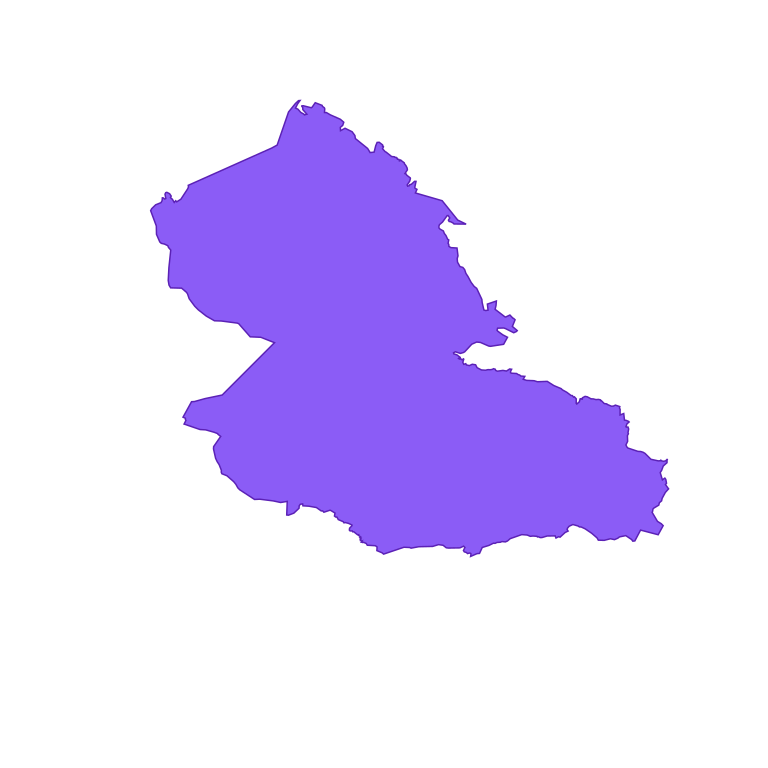 Cotmeana, Arges, Romania (Natural Earth projection), rotated 144°
{"feature_id": "2599482B54766849205701", "entity_name": "Cotmeana", "entity_type": "district", "adm_level": 2, "iso_a3": "ROU", "parent_name": "Romania", "parent_adm1": "Arges", "projection": "natural_earth1", "projection_center": [24.603, 44.996], "detail": "fine", "context": "isolated", "style": "filled", "palette": "violet", "viewbox_px": 768, "rotation_deg": 144, "n_neighbors": 0, "source": "geoboundaries", "source_scale": "gbopen_adm2", "svg_char_len": 6171}
<svg xmlns="http://www.w3.org/2000/svg" viewBox="0 0 768 768"><g transform="rotate(144 384 384)"><path d="M477.8,617.7L489.6,604.6L497.7,594.6L499.8,590.4L500.1,587.2L491.4,580.5L489.9,574.2L490.0,572.3L491.5,567.5L491.4,558.1L490.6,553.0L487.9,543.5L484.0,534.8L478.5,530.5L466.9,519.5L466.1,518.2L464.5,500.8L456.3,494.3L448.3,481.8L521.4,470.2L537.4,477.4L547.6,481.2L550.1,482.8L566.1,475.3L564.8,473.0L565.6,471.9L565.6,471.0L569.3,469.1L559.6,455.3L555.2,451.7L549.8,444.8L547.7,441.6L547.9,440.9L546.9,437.6L558.6,433.5L560.1,431.7L563.9,422.9L564.6,419.3L564.8,415.6L566.3,409.8L567.5,408.3L567.9,406.7L565.0,402.1L563.0,393.3L562.8,389.9L563.3,385.9L562.9,383.2L556.6,366.7L552.2,363.8L542.3,354.5L537.3,348.9L531.3,345.9L539.7,335.2L538.4,334.0L532.8,332.5L525.8,333.4L524.2,335.3L522.4,335.9L520.3,334.8L521.2,333.1L516.6,329.3L511.3,323.8L509.4,318.2L508.2,317.4L508.0,315.6L502.1,313.7L501.5,313.2L499.5,308.4L501.7,306.3L501.3,304.8L500.3,303.9L500.7,301.2L497.9,296.5L498.0,295.2L496.8,294.7L494.7,292.2L492.8,288.8L493.2,288.2L496.6,287.6L497.9,286.2L497.8,285.1L496.0,283.7L496.2,282.8L495.3,282.2L494.1,277.8L493.2,277.1L493.7,276.9L492.8,274.0L493.8,273.9L493.2,272.8L494.5,272.5L494.3,271.8L495.0,271.3L494.4,270.8L494.5,270.2L494.0,270.0L495.4,269.5L494.9,268.9L494.2,268.9L494.3,268.2L493.6,267.9L492.1,265.4L492.3,263.4L486.0,258.2L485.4,256.2L487.7,253.4L484.8,248.6L484.3,246.6L463.8,240.2L459.3,236.6L458.6,235.3L451.5,231.9L440.1,224.0L434.3,222.0L431.0,218.8L429.9,214.9L428.3,213.4L418.9,206.8L414.9,206.0L414.6,204.2L417.6,202.6L417.7,201.0L416.4,199.3L416.1,197.7L414.2,197.0L413.5,196.1L413.5,195.4L415.3,193.6L408.5,192.1L406.3,190.8L400.6,194.0L393.9,191.7L389.1,190.9L387.8,189.8L385.7,189.4L382.9,187.6L381.2,187.2L378.6,184.9L376.4,184.4L372.8,184.7L361.1,181.2L356.9,177.6L355.2,174.8L352.9,173.5L349.7,170.8L349.8,170.1L349.0,169.8L347.9,167.9L346.4,166.9L341.3,165.1L334.8,160.5L335.4,158.3L332.4,157.8L331.6,156.6L324.8,157.4L321.5,156.8L321.4,158.7L320.3,159.5L317.9,160.1L313.8,159.3L310.5,155.1L309.9,153.5L308.5,152.4L306.4,148.6L303.7,141.1L302.1,134.2L302.4,131.7L297.8,128.1L291.8,125.7L289.0,122.6L285.4,121.8L283.4,121.9L277.5,119.2L275.1,112.6L275.1,110.6L273.3,109.6L262.3,115.0L250.8,100.9L241.4,105.3L241.8,108.0L243.5,112.1L242.5,122.6L241.4,123.2L240.0,124.7L238.7,125.0L232.9,124.5L231.0,126.1L228.1,126.3L226.2,128.0L220.1,130.9L215.4,131.9L215.4,137.2L213.8,137.6L212.1,141.2L212.1,142.8L215.1,142.8L212.6,150.0L210.2,150.9L206.3,153.5L201.3,154.0L199.8,156.0L198.7,156.7L201.4,156.3L203.3,157.2L204.8,158.9L204.8,159.6L205.4,159.4L207.2,160.5L212.3,166.2L213.6,174.4L214.5,176.5L216.0,178.5L218.2,180.3L224.3,188.8L224.5,190.3L224.1,192.5L220.6,194.4L217.4,199.2L215.5,200.1L215.3,201.1L212.5,203.8L211.9,205.8L213.3,206.7L213.4,207.2L211.0,208.9L208.0,209.2L208.1,210.0L209.5,212.3L210.7,213.4L207.4,219.2L211.2,220.2L207.8,224.8L207.6,226.2L206.5,227.1L209.2,230.9L211.4,231.3L213.0,232.3L215.5,236.4L215.4,236.9L217.3,238.7L218.0,243.0L218.5,243.2L218.3,244.1L219.6,245.5L221.7,246.8L223.5,249.0L225.2,250.3L227.1,254.2L228.6,255.8L231.5,256.2L232.4,255.2L233.1,255.7L232.8,256.0L234.0,256.7L236.4,254.8L239.8,254.5L239.9,255.3L237.2,259.0L237.5,261.7L238.3,261.9L238.5,264.0L239.4,264.7L241.0,269.9L243.1,274.4L243.4,276.1L247.5,282.9L250.4,290.2L258.5,295.6L260.7,298.5L266.5,303.1L268.6,306.0L265.6,307.4L268.7,310.1L268.9,311.4L270.1,313.1L270.5,314.5L274.5,317.8L275.0,318.8L273.9,320.0L272.1,320.9L273.5,322.3L277.3,322.5L279.8,325.1L284.7,327.7L285.7,329.4L285.3,330.5L286.4,332.0L287.9,332.2L289.8,333.2L291.4,334.5L293.8,335.5L296.9,338.1L299.1,342.5L298.6,345.7L301.0,348.1L304.1,348.7L306.1,351.0L305.9,352.4L307.9,353.0L307.5,355.2L304.9,357.2L304.9,357.6L306.7,357.8L307.0,359.1L308.1,359.6L308.7,360.8L307.9,360.9L307.1,360.0L306.7,360.7L307.9,364.8L309.8,367.3L309.4,368.4L307.3,368.1L304.3,363.9L301.4,362.8L299.8,362.6L289.6,364.6L284.4,363.5L281.6,361.0L277.0,353.2L275.7,351.9L263.9,345.8L256.6,349.2L259.0,354.0L260.9,359.8L261.0,361.0L259.3,362.4L254.3,359.0L253.2,357.5L248.9,349.2L245.9,348.6L244.8,348.9L246.3,355.1L240.2,358.9L240.6,361.0L241.0,361.4L241.6,365.8L246.2,366.7L246.7,367.3L250.2,379.1L247.2,381.7L244.3,385.1L253.4,387.9L256.4,382.6L258.5,383.6L259.7,385.1L256.7,392.2L255.1,394.9L252.8,406.9L253.7,409.9L253.8,414.9L252.9,421.5L252.7,425.4L251.5,429.2L251.7,432.0L253.5,434.3L252.9,439.4L251.1,442.4L248.8,444.2L245.0,451.1L249.7,455.0L250.6,457.1L249.5,459.0L249.5,460.1L246.9,462.5L247.4,463.7L246.6,467.7L246.7,470.3L246.0,472.9L247.6,476.3L247.8,478.0L246.7,479.5L245.5,480.3L241.5,480.6L233.9,483.1L233.1,482.6L233.2,479.7L235.6,478.7L235.8,477.2L234.8,476.2L233.6,473.9L233.3,472.3L223.6,465.1L228.0,473.3L229.2,498.1L246.3,520.1L242.9,522.1L243.8,524.0L243.5,525.0L239.0,529.1L240.2,530.0L244.5,529.5L245.9,530.1L247.0,529.6L248.6,530.2L248.3,531.4L243.9,533.0L241.8,534.8L241.6,535.3L242.9,539.7L242.6,540.7L243.4,541.9L239.2,543.5L238.3,545.2L237.9,547.7L238.0,550.2L237.6,551.0L238.8,554.9L239.9,555.3L239.2,555.7L240.2,556.5L240.0,557.1L241.0,557.9L240.6,559.1L241.1,559.6L241.0,560.2L242.0,561.1L242.1,561.8L244.1,563.5L246.0,570.4L246.5,571.3L246.9,575.2L245.0,576.2L244.9,576.9L245.4,577.2L244.6,578.3L245.8,582.4L247.6,583.5L250.7,581.6L255.7,577.4L259.2,579.4L258.8,584.2L262.9,599.4L261.5,602.1L261.5,606.8L265.2,613.8L270.3,614.5L268.5,617.3L265.4,617.5L262.7,619.4L263.7,623.8L269.2,633.3L271.0,637.4L272.6,638.6L270.2,641.4L269.9,642.5L270.6,644.8L270.3,645.8L274.3,652.0L279.5,650.2L280.5,650.3L285.7,656.5L286.9,657.3L287.3,656.9L287.2,655.5L288.4,653.7L287.8,647.6L290.2,648.5L290.2,649.5L291.7,652.6L292.1,656.9L293.4,659.3L289.2,661.4L285.3,662.7L286.6,663.5L290.8,663.0L301.3,660.2L330.0,640.1L336.2,640.9L425.6,659.8L426.4,658.3L428.1,657.3L439.7,652.9L444.6,653.2L444.8,654.7L447.0,654.2L446.6,657.9L447.2,660.3L445.7,661.1L445.6,664.0L447.0,666.7L448.1,667.1L449.6,666.3L451.5,662.3L452.8,662.6L453.3,664.5L453.9,664.9L455.7,662.8L457.8,661.8L463.4,663.2L468.9,662.4L470.9,661.4L475.3,645.7L480.1,638.8L481.9,630.7L481.5,628.7L479.4,626.3L477.6,623.0L478.1,621.1L477.8,617.7Z" fill="#8b5cf6" stroke="#5b21b6" stroke-width="1.5"/></g></svg>